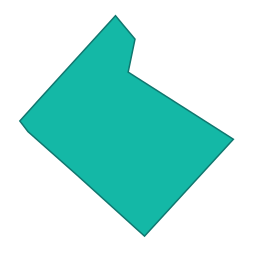 the district of Al-Ganoub 2, Al Isma`iliyah, Egypt, rotated 134°
{"feature_id": "37247803B49247378717422", "entity_name": "Al-Ganoub 2", "entity_type": "district", "adm_level": 2, "iso_a3": "EGY", "parent_name": "Egypt", "parent_adm1": "Al Isma`iliyah", "projection": "orthographic", "projection_center": [32.241, 30.969], "detail": "fine", "context": "isolated", "style": "filled", "palette": "teal", "viewbox_px": 256, "rotation_deg": 134, "n_neighbors": 0, "source": "geoboundaries", "source_scale": "gbopen_adm2", "svg_char_len": 395}
<svg xmlns="http://www.w3.org/2000/svg" viewBox="0 0 256 256"><g transform="rotate(134 128 128)"><path d="M62.9,44.4L85.9,157.7L87.3,164.8L87.7,166.7L59.2,184.7L57.6,199.7L57.4,201.3L57.4,201.8L55.9,215.0L56.3,215.0L173.1,211.6L174.7,211.5L198.1,210.7L200.1,197.4L198.8,166.5L197.3,132.0L195.1,64.5L194.7,51.9L194.3,41.0L62.9,44.4Z" fill="#14b8a6" stroke="#0f766e" stroke-width="1.5"/></g></svg>